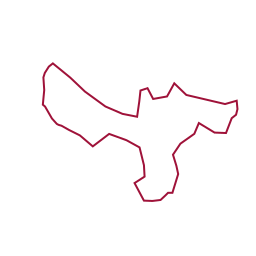 outline of Kekavas, rotated 200°
{"feature_id": "LVA-5767", "entity_name": "Kekavas", "entity_type": "Municipality", "adm_level": 1, "iso_a3": "LVA", "parent_name": "Latvia", "parent_adm1": "", "projection": "albers", "projection_center": [24.247, 56.806], "detail": "fine", "context": "isolated", "style": "outline", "palette": "rose", "viewbox_px": 256, "rotation_deg": 200, "n_neighbors": 0, "source": "natural_earth", "source_scale": "10m", "svg_char_len": 756}
<svg xmlns="http://www.w3.org/2000/svg" viewBox="0 0 256 256"><g transform="rotate(200 128 128)"><path d="M88.2,65.2L103.0,78.5L95.8,88.0L100.3,98.5L110.5,113.7L125.2,116.0L143.7,116.0L154.8,98.7L170.7,104.6L182.9,106.0L191.3,107.4L194.3,107.2L196.3,107.5L202.7,110.9L213.3,119.8L216.0,120.8L219.7,135.0L224.8,146.6L225.0,151.3L223.4,158.6L220.7,163.0L199.5,155.6L180.9,147.5L156.6,140.5L138.0,139.4L123.3,141.7L126.5,156.9L129.1,167.5L123.3,172.1L114.3,163.9L102.1,171.0L99.8,185.8L84.5,179.0L45.0,183.7L35.2,190.8L31.6,183.2L31.0,177.4L33.9,172.7L34.2,156.8L45.1,153.3L63.1,156.9L63.7,145.2L73.4,131.2L76.6,118.3L69.6,109.0L65.1,101.9L64.1,82.3L68.2,80.8L69.8,77.4L72.8,71.5L80.1,67.8L88.2,65.2Z" fill="none" stroke="#9f1239" stroke-width="2"/></g></svg>